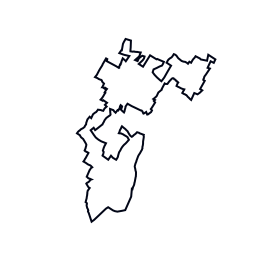 Uayma, Yucatán, Mexico, rotated 205°
{"feature_id": "50627088B22257473045304", "entity_name": "Uayma", "entity_type": "district", "adm_level": 2, "iso_a3": "MEX", "parent_name": "Mexico", "parent_adm1": "Yucatán", "projection": "robinson", "projection_center": [-88.359, 20.788], "detail": "fine", "context": "isolated", "style": "outline", "palette": "ink", "viewbox_px": 256, "rotation_deg": 205, "n_neighbors": 0, "source": "geoboundaries", "source_scale": "gbopen_adm2", "svg_char_len": 5981}
<svg xmlns="http://www.w3.org/2000/svg" viewBox="0 0 256 256"><g transform="rotate(205 128 128)"><path d="M117.7,214.3L118.0,211.8L118.2,211.0L118.5,210.2L119.4,208.9L120.2,207.2L120.5,205.7L120.5,204.1L120.6,203.5L115.3,202.7L115.9,196.5L116.5,189.0L117.0,186.6L117.5,184.5L119.2,184.9L123.1,186.1L126.4,187.4L129.2,188.9L129.6,191.9L127.3,194.6L125.2,197.3L123.6,198.9L123.4,200.6L123.4,203.1L130.7,202.9L131.2,202.3L138.7,203.2L140.3,189.9L145.3,190.6L143.3,195.6L142.9,197.7L143.2,199.8L145.6,199.5L146.7,197.6L147.6,195.6L147.6,192.7L150.3,192.6L148.1,197.6L148.4,201.8L149.6,201.4L152.0,200.8L152.5,200.5L154.3,199.9L154.9,199.9L155.9,199.2L158.2,198.5L158.6,199.3L159.6,202.1L162.3,208.5L167.8,207.7L168.1,204.1L168.1,202.1L166.5,196.1L166.8,196.1L167.5,192.2L162.4,192.7L157.2,193.8L158.2,187.6L158.8,187.9L162.2,188.9L162.0,185.3L161.7,184.2L161.8,184.1L162.0,182.4L162.0,182.1L161.6,182.1L162.0,179.9L162.2,179.1L161.5,178.8L161.6,178.6L165.1,179.0L175.5,179.6L175.9,181.7L177.3,181.8L177.9,175.0L177.8,173.9L178.3,170.0L178.5,167.7L178.7,163.0L179.4,160.2L176.7,160.3L175.2,160.0L174.3,160.1L173.3,160.1L172.7,160.3L171.9,160.1L171.0,159.1L169.9,158.6L168.5,158.1L168.5,155.1L168.6,154.1L168.4,154.2L165.8,153.8L165.8,154.8L163.6,154.5L163.9,153.4L164.2,150.3L163.4,150.2L163.6,149.2L163.9,145.9L164.2,144.1L164.8,142.1L162.4,142.0L162.1,142.7L157.7,142.0L158.7,139.2L156.4,138.4L157.5,135.8L157.7,133.1L159.2,132.8L160.1,132.8L160.8,132.6L163.0,131.9L163.0,131.5L163.4,129.8L163.5,129.3L163.7,128.8L164.1,128.4L164.8,127.1L165.3,126.1L165.5,125.6L165.5,121.4L167.5,122.0L167.6,121.5L167.8,121.0L168.2,119.3L168.4,118.7L168.2,116.9L168.0,114.9L167.5,113.5L167.8,112.4L167.9,111.7L167.8,110.8L168.0,110.3L168.6,109.0L170.3,106.7L170.5,105.8L171.0,105.0L171.5,103.9L171.7,103.3L172.0,101.6L168.4,101.1L167.7,100.4L166.5,99.7L164.0,99.1L159.9,96.3L158.7,95.3L158.3,93.9L158.1,92.4L157.9,91.7L157.8,89.2L156.9,88.9L156.6,89.0L155.8,88.8L154.3,88.9L153.3,88.7L153.7,82.7L153.9,81.7L153.9,80.5L154.2,78.8L151.7,78.6L149.0,78.1L147.5,78.1L146.7,78.2L146.1,78.1L145.6,78.0L144.4,77.5L143.8,77.3L143.9,77.1L144.6,76.1L144.8,74.5L144.8,74.1L145.0,73.7L144.8,66.4L144.1,66.3L143.4,65.9L142.4,65.7L141.2,65.9L139.4,65.9L140.1,65.2L140.6,63.1L141.0,62.3L141.6,61.4L141.9,61.1L142.3,60.0L141.7,59.5L140.7,58.9L139.3,57.9L138.3,57.5L137.4,57.4L138.0,54.0L137.4,51.7L137.0,51.2L136.9,50.4L136.6,49.8L136.3,48.4L135.7,46.5L135.6,45.6L135.5,45.1L135.1,42.9L134.4,42.8L133.8,42.6L133.4,42.3L133.1,41.7L133.0,40.8L132.7,40.2L131.7,38.9L131.0,38.1L130.6,37.9L129.2,36.6L129.2,35.8L129.0,35.4L127.8,34.5L121.4,27.7L119.9,30.4L113.9,45.6L112.5,47.8L106.8,47.0L104.8,47.1L102.3,47.7L98.3,50.5L95.8,52.4L96.1,67.1L98.8,74.5L98.1,74.5L98.3,75.6L98.5,77.1L98.4,78.0L98.5,79.4L98.7,79.8L98.7,80.2L99.0,81.0L99.0,81.5L99.2,82.4L99.9,85.1L100.0,85.6L100.2,86.2L100.5,87.8L100.9,88.5L101.1,89.2L101.9,90.9L102.1,91.4L103.2,92.6L104.0,93.8L105.4,95.6L105.7,96.1L105.8,96.6L106.2,98.8L106.3,101.1L106.5,102.0L106.9,106.7L106.8,108.3L106.5,110.1L106.4,111.5L106.3,113.2L106.2,113.4L106.2,114.3L106.3,114.9L106.3,115.6L106.6,116.2L106.9,116.8L107.2,118.4L107.4,119.1L107.6,119.7L107.9,120.6L108.4,121.6L108.7,122.4L109.4,124.9L109.8,126.3L110.2,127.2L110.7,127.7L110.8,128.5L114.4,128.2L115.2,128.1L115.9,128.3L116.5,128.2L118.0,128.0L118.7,125.9L119.5,124.5L119.9,123.7L120.1,122.9L120.5,122.3L120.5,122.1L120.9,121.6L122.4,121.9L124.0,122.7L125.6,123.8L127.1,124.9L128.5,125.3L129.4,125.7L130.3,126.0L132.5,126.5L134.2,127.0L134.3,126.2L134.2,124.6L134.4,122.6L134.3,122.1L134.1,121.0L134.1,119.4L133.0,119.7L132.1,120.1L131.7,120.2L130.6,120.1L129.5,120.2L128.3,119.9L127.2,119.9L125.6,119.7L124.6,119.5L122.2,117.7L123.1,114.6L123.7,112.8L124.4,111.3L124.9,109.7L125.3,107.9L125.5,105.9L125.5,104.4L125.8,102.4L125.7,101.4L125.3,98.9L125.2,98.5L125.1,98.1L125.0,97.6L125.0,96.7L125.2,94.7L125.3,94.2L129.1,94.6L131.7,95.7L132.5,90.9L139.4,92.2L139.5,93.1L139.4,93.8L139.9,95.9L140.1,96.2L141.2,96.8L141.6,99.8L141.7,102.4L141.6,102.6L141.5,104.9L146.5,104.6L149.5,104.9L151.5,105.3L152.3,105.6L153.1,105.7L156.4,107.5L157.0,107.9L160.9,110.2L159.2,113.7L156.9,112.2L155.6,114.6L153.0,119.8L152.6,120.4L152.7,121.4L152.5,122.8L152.5,125.1L152.3,126.2L151.8,128.2L151.1,129.3L150.9,129.8L149.6,132.0L149.5,132.8L150.7,134.7L152.3,137.7L148.8,138.0L148.1,137.6L147.5,137.2L145.7,136.6L145.0,139.8L144.3,139.7L144.1,140.7L144.1,141.9L144.0,142.7L144.4,144.2L144.3,145.6L142.5,145.1L142.3,144.1L142.2,142.5L142.2,141.7L140.3,141.0L138.2,140.4L138.2,141.6L138.6,143.2L138.9,145.3L139.3,146.4L138.7,149.8L133.8,149.4L132.9,149.4L131.4,149.4L123.6,149.3L123.1,149.6L121.8,149.1L121.1,148.3L120.1,147.6L119.5,148.2L118.3,150.2L116.3,148.3L115.7,148.7L113.8,152.2L113.7,154.1L115.3,154.8L115.0,156.0L115.0,156.5L114.8,157.6L114.2,162.6L116.0,163.4L115.4,164.8L117.3,165.0L116.8,165.9L115.7,168.4L115.5,169.2L115.5,173.0L113.6,177.0L113.9,177.5L113.6,183.9L112.6,183.8L110.9,184.6L110.8,185.1L110.4,187.3L109.9,188.9L109.5,190.1L109.2,191.0L108.8,191.8L108.0,192.2L107.7,192.3L106.6,191.7L105.7,191.8L105.4,191.8L104.7,191.2L104.3,191.1L103.7,191.1L103.3,191.0L102.9,190.7L102.7,190.8L101.7,190.5L101.9,189.5L101.9,188.1L101.8,186.6L99.8,186.5L98.1,186.5L97.4,186.4L96.1,186.4L94.2,186.6L93.3,186.8L93.3,185.7L93.5,184.8L93.5,183.6L93.6,182.7L92.3,182.5L90.9,182.5L90.3,182.6L89.5,182.4L89.1,182.5L88.3,182.2L87.2,181.6L85.6,181.1L83.8,180.4L82.6,180.1L82.7,187.7L79.2,187.9L77.8,190.4L76.6,193.5L77.5,193.6L79.1,193.8L78.4,203.2L80.1,203.4L80.3,204.1L80.2,205.0L80.5,206.8L80.4,207.5L80.0,209.3L78.9,216.5L81.3,216.2L81.3,223.4L77.8,223.3L77.8,227.1L86.2,228.3L85.9,227.1L84.8,222.4L91.0,220.9L92.2,221.4L97.1,221.6L97.3,220.0L97.9,218.2L98.2,216.6L98.4,213.8L100.4,214.0L100.8,211.6L102.3,212.0L104.2,212.1L105.4,211.7L106.5,211.5L107.2,211.5L107.7,211.4L108.1,211.5L109.2,211.8L111.6,212.4L112.2,212.6L112.7,212.9L114.8,214.1L116.5,214.4L117.7,214.3Z" fill="none" stroke="#020617" stroke-width="2"/></g></svg>